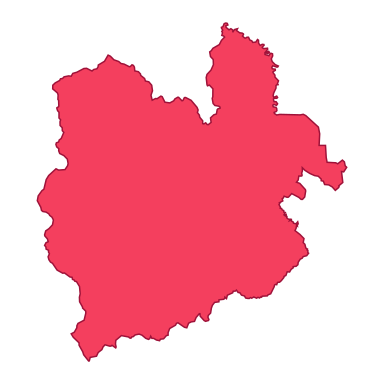 Lampa, Puno, Peru (orthographic projection)
{"feature_id": "86281439B39417167218696", "entity_name": "Lampa", "entity_type": "district", "adm_level": 2, "iso_a3": "PER", "parent_name": "Peru", "parent_adm1": "Puno", "projection": "orthographic", "projection_center": [-70.526, -15.382], "detail": "fine", "context": "isolated", "style": "filled", "palette": "rose", "viewbox_px": 384, "rotation_deg": 0, "n_neighbors": 0, "source": "geoboundaries", "source_scale": "gbopen_adm2", "svg_char_len": 5858}
<svg xmlns="http://www.w3.org/2000/svg" viewBox="0 0 384 384"><path d="M237.5,28.7L234.6,29.5L232.6,32.3L233.2,30.3L230.9,28.7L229.0,29.8L226.1,27.4L225.8,25.8L227.9,25.0L227.3,23.4L225.9,23.0L224.2,23.6L222.9,26.7L221.4,27.3L221.4,27.9L222.7,30.2L221.8,31.4L222.5,32.8L221.8,35.4L223.6,36.0L224.6,37.1L221.5,40.3L219.3,44.6L212.9,48.3L211.3,50.7L209.7,51.9L210.5,56.6L213.2,59.5L213.4,64.7L211.0,70.1L207.0,74.4L206.2,77.5L207.0,84.8L207.5,85.8L209.4,85.1L212.9,88.8L212.8,96.7L212.2,98.4L213.1,103.5L214.9,105.5L218.9,106.2L220.1,107.2L220.0,108.3L218.1,108.7L217.2,109.6L216.4,114.0L213.8,114.8L210.5,117.9L211.1,122.4L208.2,124.7L207.1,124.5L205.7,122.8L203.8,123.9L202.7,123.6L202.7,120.8L199.8,117.3L199.3,115.0L197.4,112.5L198.1,110.0L197.0,107.3L191.1,100.3L185.6,97.5L184.4,97.6L182.9,100.5L182.0,100.8L178.6,97.3L177.8,97.2L174.9,98.9L173.7,100.8L169.8,102.9L164.9,102.2L162.2,96.7L160.9,96.1L157.1,98.7L155.6,98.5L152.2,100.2L151.0,95.2L152.5,90.8L151.7,85.2L148.8,81.8L145.4,81.0L144.6,78.5L140.7,75.4L140.5,74.0L138.4,71.7L134.8,70.9L134.4,67.1L133.4,65.4L132.0,64.8L130.3,66.5L129.3,66.7L124.1,64.1L121.0,63.5L118.7,61.5L113.9,59.8L110.4,56.2L108.1,55.1L104.5,61.3L98.3,65.0L98.1,66.8L96.9,68.8L93.7,69.5L92.0,71.0L86.6,68.3L83.9,68.5L76.9,72.2L72.8,73.4L71.2,76.2L68.6,75.9L64.1,76.8L62.5,78.5L60.5,78.8L59.6,80.5L55.2,82.9L52.8,85.2L52.7,88.9L57.4,92.9L58.1,94.9L57.9,99.4L58.6,100.4L58.8,106.0L58.5,106.8L56.9,107.7L56.9,108.6L57.6,110.7L59.0,112.3L59.0,118.0L60.6,119.8L60.0,121.8L60.1,125.5L62.2,127.7L62.3,130.7L63.8,132.4L61.2,138.5L59.2,140.0L58.6,142.0L56.4,142.8L55.9,144.4L56.7,146.9L58.8,148.7L58.7,150.8L59.7,153.5L63.9,155.6L67.3,159.1L68.1,163.5L67.6,165.7L65.0,169.6L58.6,170.1L56.0,168.8L48.7,175.5L46.2,179.6L43.9,189.2L41.9,190.7L38.2,195.9L37.3,200.7L40.8,207.3L41.5,210.4L42.8,211.5L46.1,212.1L48.8,213.8L49.7,215.4L52.0,217.2L53.4,220.0L52.5,224.8L49.0,228.6L45.7,230.9L44.6,234.8L44.8,235.9L47.4,238.9L48.2,241.7L46.0,242.7L44.6,245.4L45.9,247.0L46.1,249.1L48.5,250.3L48.5,252.1L49.4,253.7L48.1,256.8L48.9,259.7L50.5,262.1L52.5,263.3L57.1,270.1L62.7,273.2L64.5,273.0L70.0,277.0L72.1,277.3L72.5,279.4L74.0,279.9L74.8,281.2L76.5,281.6L79.5,286.5L80.2,293.8L79.4,297.2L79.6,301.8L82.5,307.0L82.6,308.1L85.7,311.1L85.8,313.1L84.1,320.2L78.0,323.4L76.9,325.7L76.8,327.8L74.3,332.2L71.2,333.8L73.3,337.3L79.0,342.8L79.1,345.3L82.7,351.7L83.7,354.8L88.6,361.0L89.3,360.9L90.2,357.4L96.5,356.2L98.2,352.5L101.9,349.6L103.0,347.0L105.0,344.8L109.5,346.1L111.0,346.1L112.0,345.3L115.7,347.9L116.1,347.0L115.5,344.0L115.8,340.3L121.4,335.6L128.7,337.0L129.5,337.9L130.9,338.2L131.7,337.0L133.3,336.6L135.2,334.9L139.1,334.1L141.9,335.1L145.7,338.3L148.5,339.4L149.8,338.6L150.7,336.2L151.9,338.4L153.7,338.4L156.4,340.0L159.6,340.7L160.4,339.2L163.6,338.8L166.4,335.6L168.1,335.2L168.1,332.6L169.7,328.5L175.5,325.2L176.5,323.3L178.0,322.8L184.5,327.3L186.8,327.8L188.6,323.2L191.2,321.9L194.5,321.4L196.1,317.5L199.3,313.7L199.9,313.7L200.2,316.2L204.2,320.6L205.6,321.3L208.5,320.5L208.9,319.5L207.9,317.2L208.3,315.4L210.6,313.1L211.4,308.1L212.4,305.3L214.6,302.4L218.9,301.8L219.0,299.8L223.6,299.3L224.6,298.6L224.9,297.1L226.5,298.6L227.4,295.2L232.7,292.8L233.2,291.2L235.3,291.1L236.4,290.1L238.1,292.5L239.8,292.7L241.5,295.1L244.5,296.0L245.6,298.0L247.4,298.4L249.2,298.5L250.5,297.6L251.7,298.2L253.8,297.0L256.6,298.2L258.0,297.3L259.5,298.0L260.9,296.9L261.6,297.2L262.2,296.2L267.3,295.9L268.1,294.8L270.7,293.8L274.2,286.7L274.5,285.1L275.5,284.4L276.7,284.7L277.5,282.4L279.6,282.2L281.3,280.7L283.9,277.5L284.0,276.4L285.9,275.5L287.2,271.8L289.6,272.0L291.1,269.4L293.2,267.8L293.2,266.6L296.1,266.3L297.9,264.7L298.2,262.3L300.2,259.2L302.2,258.2L303.2,256.6L306.7,255.7L308.6,253.2L307.8,252.6L307.9,250.6L307.0,249.9L307.5,249.1L305.8,248.0L304.9,244.3L303.2,242.6L304.0,238.6L300.0,234.5L295.0,230.6L296.1,228.3L296.6,225.1L297.4,225.9L297.3,224.5L298.2,223.9L297.7,221.8L296.0,223.8L293.5,223.2L293.2,222.0L291.5,221.1L291.4,219.8L289.6,220.6L290.4,219.2L288.4,219.2L286.7,217.8L287.0,216.8L285.4,215.9L286.4,215.3L286.1,214.4L285.0,215.3L284.0,214.8L285.3,212.5L283.8,212.1L283.7,210.5L282.3,210.0L281.6,208.5L280.2,208.2L280.4,207.2L279.0,204.6L279.8,203.3L279.4,202.8L282.8,200.9L282.2,198.7L283.3,198.0L284.1,196.2L287.1,197.3L288.5,197.1L291.7,193.6L298.9,197.4L301.1,199.4L302.5,199.4L304.7,197.0L305.7,191.0L305.4,189.6L299.8,183.4L296.5,182.2L298.2,180.0L298.8,176.1L301.7,176.0L302.1,175.2L301.7,173.1L302.4,170.9L302.3,167.7L305.0,170.4L309.9,173.5L314.6,175.6L318.2,176.2L321.2,179.1L321.2,180.7L323.4,181.2L324.6,184.5L328.7,184.9L332.2,186.9L335.3,190.4L338.6,187.6L339.1,186.6L338.8,185.8L342.8,182.5L341.5,171.5L343.7,171.9L346.7,167.3L345.2,165.8L344.4,161.9L342.4,160.1L337.7,163.8L335.8,162.8L327.1,162.3L326.2,157.5L325.5,145.4L319.1,145.4L319.7,133.8L318.4,127.1L305.8,115.6L303.2,114.3L300.2,114.9L279.8,114.4L276.7,115.0L274.4,113.5L274.1,112.4L276.1,111.6L276.9,110.6L276.7,108.5L276.0,107.4L273.2,106.8L272.8,105.2L273.9,104.4L276.5,105.4L277.6,103.8L276.1,101.7L274.0,101.6L273.4,99.0L274.1,98.3L276.8,98.3L277.6,97.5L276.7,96.1L273.7,97.3L273.1,95.8L273.7,93.0L276.0,88.1L276.0,85.5L277.0,84.6L278.6,84.9L277.3,84.1L278.5,80.8L275.0,77.1L274.9,75.1L273.0,72.5L273.1,71.6L275.3,70.4L275.3,69.2L272.3,68.8L271.8,67.4L272.8,65.8L276.8,67.1L277.7,67.0L278.3,66.0L275.2,64.6L272.2,61.6L271.3,58.9L272.7,55.9L272.5,53.8L271.1,53.3L270.2,53.7L268.9,55.7L265.0,54.5L265.0,52.8L267.9,53.5L269.4,52.4L268.7,51.3L267.2,51.9L265.8,51.7L267.7,49.2L267.5,48.2L263.8,48.6L262.4,47.8L262.2,47.2L264.1,45.2L263.9,44.5L262.2,44.3L260.2,45.4L258.6,43.2L258.5,40.2L257.5,39.5L255.8,42.1L252.7,42.4L251.8,40.8L249.8,40.0L248.5,37.2L247.0,37.2L245.6,38.1L244.5,37.9L242.5,36.1L243.5,34.6L243.4,33.9L242.2,33.1L239.7,32.8L236.5,30.5L237.5,28.7Z" fill="#f43f5e" stroke="#9f1239" stroke-width="1.5"/></svg>